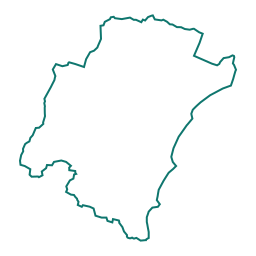 outline of Humacao, Puerto Rico
{"feature_id": "32010507B58001941007009", "entity_name": "Humacao", "entity_type": "district", "adm_level": 2, "iso_a3": "PRI", "parent_name": "Puerto Rico", "parent_adm1": "", "projection": "albers", "projection_center": [-65.812, 18.138], "detail": "fine", "context": "isolated", "style": "outline", "palette": "teal", "viewbox_px": 256, "rotation_deg": 0, "n_neighbors": 0, "source": "geoboundaries", "source_scale": "gbopen_adm2", "svg_char_len": 2377}
<svg xmlns="http://www.w3.org/2000/svg" viewBox="0 0 256 256"><path d="M20.0,160.7L20.5,164.8L24.7,166.0L30.3,169.2L29.6,174.7L31.6,176.7L38.0,176.5L38.9,177.2L42.5,175.3L41.8,171.5L46.1,168.2L47.0,165.0L52.0,165.3L54.0,161.9L61.3,160.5L66.1,161.9L70.9,165.8L69.2,167.6L69.3,170.2L75.2,171.0L75.4,173.0L76.1,173.9L74.1,174.5L73.4,178.6L69.9,180.4L66.3,186.4L67.2,189.4L66.1,191.9L70.9,194.6L74.0,195.0L75.2,196.8L77.0,198.7L77.3,200.0L78.5,201.8L77.8,205.0L81.8,206.8L82.9,205.2L89.7,206.7L93.6,208.5L95.5,215.7L101.6,217.6L106.4,217.6L107.5,220.9L112.3,222.4L113.0,219.1L118.9,220.5L119.3,221.9L119.2,222.8L122.4,227.1L124.0,231.5L127.0,235.1L126.9,236.5L127.3,237.2L127.6,237.6L128.6,238.0L129.9,238.3L130.9,238.2L131.3,237.8L132.4,237.7L132.9,238.2L134.0,238.6L136.4,237.9L140.6,240.6L145.9,240.1L146.0,240.1L146.2,239.5L147.5,238.6L148.7,238.0L148.7,234.4L148.7,233.4L148.7,232.0L147.9,227.8L147.3,224.4L146.8,222.0L146.8,221.7L146.8,217.2L148.0,213.8L148.7,211.6L152.4,207.6L157.9,206.8L159.8,204.2L156.8,200.1L157.6,196.4L158.0,193.8L158.7,189.8L163.5,180.9L165.3,178.0L168.1,173.6L168.7,172.7L173.1,169.0L176.1,166.0L173.6,163.0L172.8,162.0L171.6,158.0L171.5,157.6L171.3,156.8L173.5,148.2L178.7,136.7L180.7,133.9L186.8,125.2L187.4,124.6L192.4,118.6L191.6,115.2L191.4,114.3L191.3,113.8L192.8,109.7L195.7,106.8L197.4,105.2L200.6,102.3L210.2,95.2L222.8,88.5L229.4,86.1L230.9,85.6L233.2,78.9L234.5,74.2L235.4,71.1L236.0,69.8L234.0,64.9L232.9,63.4L234.3,57.2L233.9,55.9L232.5,55.4L229.0,57.2L223.6,58.1L220.1,62.1L219.3,63.9L217.1,65.3L212.0,63.7L194.0,55.8L199.6,42.8L202.7,33.7L199.2,32.3L194.0,28.8L193.1,28.8L189.7,29.7L184.8,29.0L181.1,27.2L176.9,27.1L172.5,24.5L169.8,24.3L167.1,21.8L163.3,19.7L161.5,20.4L154.8,19.4L152.8,15.4L151.5,15.7L148.0,17.1L145.1,20.5L142.9,19.6L141.3,22.2L136.0,19.8L133.7,19.8L130.0,17.6L121.8,19.1L114.9,18.2L113.7,16.8L110.8,17.3L109.9,19.2L104.8,21.8L103.5,25.3L100.5,25.8L101.0,38.9L97.8,46.3L97.4,47.5L94.0,50.7L90.1,52.2L86.1,59.2L84.0,67.0L75.2,64.0L69.1,62.3L68.5,62.7L67.7,65.0L62.4,66.2L56.0,64.1L52.8,69.5L55.4,76.1L55.0,77.1L54.4,80.1L52.2,84.4L50.8,87.2L44.4,98.8L45.0,101.3L44.3,103.1L44.9,106.3L44.7,107.7L44.8,113.4L45.0,116.2L43.1,122.5L43.3,123.9L39.1,127.7L35.8,128.0L32.7,135.3L30.4,137.8L29.4,141.4L26.7,142.9L25.1,144.1L23.0,148.9L23.2,151.3L21.2,155.0L20.0,160.7Z" fill="none" stroke="#0f766e" stroke-width="2"/></svg>